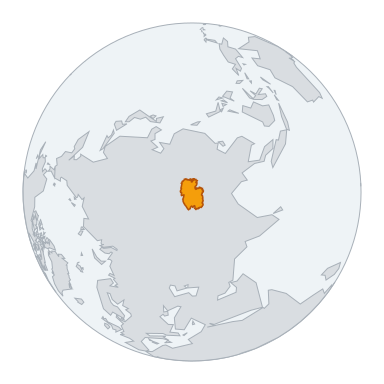 Qinghai highlighted on a globe, orthographic projection, rotated 250°
{"feature_id": "CHN-1151", "entity_name": "Qinghai", "entity_type": "Province", "adm_level": 1, "iso_a3": "CHN", "parent_name": "China", "parent_adm1": "", "projection": "orthographic", "projection_center": [96.897, 35.43], "detail": "fine", "context": "on_globe", "style": "filled", "palette": "amber", "viewbox_px": 384, "rotation_deg": 250, "n_neighbors": 0, "source": "natural_earth", "source_scale": "10m", "svg_char_len": 16126}
<svg xmlns="http://www.w3.org/2000/svg" viewBox="0 0 384 384"><g transform="rotate(250 192 192)"><circle cx="192" cy="192" r="169" fill="#eef3f6" stroke="#a8b0b8"/><path d="M269.1,41.7L266.8,40.5L265.3,39.8L269.1,41.7ZM264.9,39.6L262.9,38.7L264.8,39.9L266.6,41.0L261.3,42.5L265.9,50.8L272.7,55.5L267.0,53.3L283.4,64.0L289.3,71.8L279.4,61.9L275.8,60.1L278.2,64.6L275.1,63.8L274.4,65.7L270.5,64.5L265.0,59.3L262.3,58.5L264.1,61.8L261.3,63.0L259.1,58.3L253.9,60.0L243.8,52.6L240.8,42.5L231.9,39.1L220.3,31.0L218.1,31.5L212.2,29.3L207.5,29.2L206.7,28.2L203.7,29.1L205.3,30.1L204.5,30.9L201.9,31.1L200.4,29.6L201.5,29.3L199.7,29.0L200.0,28.3L198.4,28.8L196.8,27.2L194.5,29.1L190.0,28.1L190.0,27.1L195.1,26.8L207.9,25.0L209.5,24.6L206.7,23.9L190.6,23.1L203.3,23.4L216.0,24.8L228.6,27.1L241.0,30.3L253.1,34.5L264.9,39.6ZM186.2,23.1L186.4,23.1L181.4,23.5L185.0,23.7L183.5,24.0L185.2,24.8L179.4,25.2L172.9,25.4L171.2,25.0L168.3,25.2L165.4,26.4L158.0,26.8L145.6,29.6L144.3,29.9L145.8,29.5L159.1,26.3L172.6,24.2L186.2,23.1ZM343.6,117.4L343.7,117.6L343.5,117.2L343.6,117.4ZM344.1,118.4L343.7,117.6L343.8,117.8L344.1,118.4ZM344.4,119.3L343.9,118.4L344.4,119.3ZM267.9,41.7L265.1,40.1L264.6,39.5L267.2,40.9L267.9,41.7ZM268.5,43.8L266.3,42.5L269.1,43.1L269.5,43.6L268.5,43.8ZM278.2,59.3L276.6,57.0L279.2,59.5L278.2,59.3ZM275.0,66.1L276.5,67.1L275.5,67.7L275.0,66.1ZM188.2,24.5L186.7,24.6L187.2,24.4L188.2,24.5ZM190.4,24.8L192.0,24.5L193.2,24.6L192.2,24.8L190.4,24.8ZM268.6,66.6L266.6,67.5L267.7,65.6L268.6,66.6ZM188.1,25.3L195.2,24.9L197.4,25.2L195.4,26.3L188.1,25.3ZM264.8,67.4L260.1,70.0L262.9,72.2L252.2,67.7L259.8,66.8L260.7,64.0L262.2,66.4L264.8,67.4ZM207.0,30.4L205.1,29.3L209.1,30.1L207.0,30.4ZM209.7,30.8L223.1,32.9L224.6,34.9L219.8,33.6L223.6,36.4L217.8,36.3L214.3,34.8L214.6,33.4L212.1,34.5L209.7,30.8ZM247.0,65.0L245.1,65.0L246.1,64.1L247.0,65.0ZM204.5,31.4L207.1,31.5L208.5,33.2L203.7,33.3L204.8,32.7L204.5,31.4ZM227.5,37.4L227.7,38.8L223.0,39.1L222.5,39.7L217.8,36.5L227.5,37.4ZM203.1,32.4L201.1,33.3L198.1,32.7L202.1,31.4L203.1,32.4ZM211.0,33.6L211.4,34.5L209.6,34.0L211.0,33.6ZM186.0,31.8L189.1,31.6L190.1,32.4L186.0,31.8ZM200.6,33.7L201.7,33.9L202.4,34.3L200.5,34.9L200.6,33.7ZM214.8,37.0L212.8,36.9L216.5,38.3L213.1,38.8L210.6,36.6L210.2,37.8L209.2,37.9L208.3,36.1L214.8,37.0ZM200.9,36.6L196.5,34.4L190.6,34.4L189.5,33.6L199.2,33.8L200.9,36.6ZM205.3,36.4L202.3,36.3L202.5,35.2L204.7,34.6L205.3,36.4ZM211.7,40.0L217.6,39.8L217.9,40.3L211.7,40.0ZM199.1,36.8L200.2,37.3L198.7,36.9L199.1,36.8ZM207.8,39.1L209.8,39.0L210.2,39.5L207.8,39.1ZM200.7,38.7L199.3,37.9L200.7,37.4L200.7,38.7ZM203.9,39.1L203.9,39.9L202.1,37.7L204.8,38.9L203.9,39.1ZM207.8,39.7L208.7,40.0L206.9,39.7L207.8,39.7ZM196.2,41.2L193.5,38.6L196.6,37.4L198.8,40.1L196.2,41.2ZM50.4,99.8L58.3,93.9L55.6,100.1L57.8,112.0L57.2,115.1L51.8,120.3L49.4,140.5L54.7,138.1L57.6,152.9L62.8,159.1L73.7,148.2L65.2,137.6L68.9,129.5L79.8,132.4L88.0,142.4L89.6,139.6L88.7,128.5L95.0,126.3L88.9,124.4L88.2,128.4L84.4,127.5L84.8,123.8L87.0,123.0L85.8,119.2L75.7,124.4L73.8,129.1L67.9,123.3L64.2,130.8L61.0,131.5L66.1,119.2L68.9,116.4L74.8,100.8L71.2,103.2L65.5,118.2L65.4,115.6L60.5,119.6L64.1,114.5L71.3,98.2L68.9,93.2L58.2,97.4L58.3,94.3L61.9,88.1L73.4,78.0L71.8,86.2L75.8,83.4L82.7,75.7L81.6,79.1L84.2,77.2L84.2,80.3L90.6,79.7L91.6,82.5L100.3,77.9L102.0,79.0L96.3,81.2L93.0,84.7L96.1,92.6L98.6,92.8L104.0,89.4L104.2,92.3L109.0,88.0L113.9,91.2L112.0,83.8L118.3,80.3L124.6,80.2L126.3,77.9L116.0,78.1L112.3,79.5L109.5,82.7L98.9,86.3L96.5,84.6L106.3,76.4L104.0,73.4L112.6,68.9L135.0,70.0L141.2,73.1L138.4,85.9L133.4,87.0L131.9,82.8L127.6,90.1L130.7,87.8L130.8,90.5L136.9,88.3L137.3,90.1L142.4,85.2L143.6,87.1L140.3,90.2L150.3,89.4L154.4,93.1L156.5,92.1L157.5,89.9L162.0,96.4L163.3,95.4L162.4,92.9L164.4,89.3L169.7,85.8L170.9,88.2L169.2,89.8L167.5,97.1L162.7,101.4L163.7,102.1L168.2,99.0L170.3,90.0L173.1,87.2L172.9,91.3L173.2,89.6L175.0,89.0L178.0,90.8L178.6,86.4L196.7,78.2L204.2,81.4L202.0,85.6L216.0,83.9L223.4,88.6L222.5,86.1L228.6,84.2L226.3,82.7L226.3,81.4L240.9,77.0L245.4,78.2L250.6,74.3L250.1,73.2L247.2,72.0L252.2,67.7L262.9,72.2L263.5,74.5L269.8,76.2L270.1,81.5L273.3,86.9L269.9,92.4L272.7,96.6L274.9,96.8L280.3,103.1L284.0,115.9L271.4,104.5L264.0,87.0L266.2,93.8L262.8,92.2L261.8,94.6L263.6,99.7L265.6,100.3L253.8,109.4L252.4,124.0L259.4,122.3L264.5,126.0L269.1,143.3L258.2,168.7L264.8,175.7L265.7,180.7L260.8,184.5L259.5,177.2L254.0,175.2L254.0,170.8L245.8,175.1L245.4,169.0L239.2,175.8L242.3,180.4L249.7,178.5L244.5,187.5L252.8,195.2L254.4,205.2L242.7,224.1L229.8,230.3L229.1,233.4L223.6,230.2L216.8,236.5L227.4,253.1L227.3,257.9L216.0,267.3L215.7,263.8L201.2,255.2L198.8,266.5L209.8,275.7L213.6,286.0L205.2,282.9L201.3,273.7L196.2,270.3L197.4,260.6L192.8,245.6L184.3,248.0L184.8,241.9L177.1,228.6L164.9,231.3L145.7,244.6L143.3,259.4L136.5,264.4L127.6,240.5L127.3,225.0L121.7,224.9L114.5,209.1L95.2,200.3L94.5,195.6L90.4,195.6L85.7,188.5L85.5,180.9L81.7,179.0L82.7,199.1L87.1,201.2L93.6,197.5L92.9,203.8L97.7,212.0L84.8,221.2L59.6,218.8L60.7,207.1L60.0,167.5L62.0,164.7L62.2,164.3L62.4,163.5L58.7,167.5L59.8,160.1L56.3,185.8L54.2,195.3L59.2,219.3L57.9,220.1L60.6,226.0L73.6,230.1L72.9,233.6L64.5,245.8L49.7,255.4L53.7,270.9L56.2,281.7L51.5,281.7L56.6,291.0L54.8,290.0L57.8,294.5L58.5,295.5L50.8,284.8L44.0,273.5L38.1,261.6L33.1,249.4L29.1,236.8L26.1,224.0L25.9,223.2L23.2,197.9L23.5,189.6L23.7,183.3L23.5,180.1L24.2,172.6L24.5,169.9L24.5,169.5L26.7,157.2L29.7,145.1L33.6,133.3L38.4,121.7L44.0,110.6L50.4,99.8ZM49.4,102.6L47.8,104.8L49.4,102.6ZM93.0,160.3L100.3,165.8L103.3,155.2L106.3,156.6L106.3,152.6L103.5,154.4L104.2,144.1L109.6,143.9L111.9,139.9L109.6,137.8L99.6,139.9L98.5,154.5L94.1,156.7L93.0,160.3ZM98.5,65.1L96.4,67.5L93.2,68.7L92.1,66.2L96.5,64.3L98.5,65.1ZM94.1,70.8L104.2,64.0L105.4,65.7L103.0,65.8L102.8,67.6L98.9,68.4L90.1,77.0L86.8,78.8L86.4,72.5L88.4,73.4L90.3,70.8L94.1,70.8ZM128.0,47.5L132.3,45.6L129.2,51.5L125.4,52.7L124.0,49.9L127.5,47.0L128.0,47.5ZM183.1,27.6L185.0,27.3L185.4,27.6L184.2,28.1L183.1,27.6ZM187.4,31.6L175.3,29.9L176.9,29.3L167.9,29.5L168.5,28.1L174.3,27.9L168.1,27.3L173.5,26.5L168.8,26.4L181.6,26.1L186.2,25.7L180.8,26.6L180.2,27.8L181.3,28.2L187.9,29.3L197.5,29.6L198.4,31.2L196.4,32.3L194.2,32.5L194.4,31.3L191.3,32.4L189.9,30.9L187.4,31.6ZM173.1,49.7L174.1,47.3L167.8,51.1L166.3,48.8L165.7,49.4L162.5,48.4L157.6,48.4L157.7,47.2L155.7,47.8L153.6,47.3L151.0,47.7L150.2,45.9L146.9,46.3L148.4,45.2L142.9,46.5L146.6,44.8L144.2,44.3L141.9,46.3L143.9,37.2L141.9,35.4L138.2,35.1L145.0,32.6L152.8,31.5L160.1,31.9L161.1,34.3L164.0,32.9L165.3,33.8L162.5,34.4L167.6,33.9L168.0,34.8L174.5,36.4L181.7,35.5L184.3,36.3L181.6,37.1L186.0,37.3L182.7,39.5L184.5,40.1L182.9,43.1L176.7,44.7L179.2,45.3L178.1,47.9L173.1,49.7ZM195.5,42.0L188.4,43.9L184.1,43.8L188.6,38.7L187.5,37.8L190.2,34.9L196.4,35.4L195.0,36.1L195.2,36.9L193.2,36.4L194.9,37.5L193.1,38.6L193.9,39.8L191.4,40.0L195.5,42.0ZM59.7,114.6L59.9,116.4L60.8,118.3L57.8,121.1L59.7,114.6ZM64.4,103.4L65.0,104.3L61.2,108.7L61.1,107.1L64.4,103.4ZM68.6,101.2L65.3,104.0L67.0,101.5L68.6,101.2ZM97.2,82.0L98.2,82.9L97.1,84.0L95.0,84.6L97.2,82.0ZM154.1,61.9L155.4,60.2L156.4,60.3L161.7,57.7L163.3,59.4L160.7,61.6L154.1,61.9ZM70.4,148.7L67.0,149.3L67.1,147.2L68.2,147.3L70.4,148.7ZM60.7,134.6L61.4,139.5L59.8,135.4L60.7,134.6ZM156.6,63.3L158.6,62.0L158.2,63.7L156.6,63.3ZM164.7,60.5L164.7,62.3L164.1,59.3L164.7,60.5ZM139.6,352.5L143.0,353.6L140.5,352.9L139.6,352.5ZM73.9,293.3L75.0,307.4L69.9,303.8L65.9,297.5L63.4,287.8L68.2,288.6L69.8,285.2L73.9,293.3ZM254.6,304.4L259.4,304.0L259.1,304.7L254.6,304.4ZM249.7,303.2L255.2,302.5L248.6,304.6L249.7,303.2ZM257.3,302.2L262.9,300.0L265.3,298.5L264.9,299.8L257.3,302.2ZM245.9,303.8L225.0,305.7L216.7,304.6L218.7,302.3L232.2,302.0L245.9,303.8ZM218.1,302.3L205.2,296.3L187.3,276.3L193.7,276.9L212.4,289.0L211.2,291.0L219.0,295.9L218.1,302.3ZM248.8,287.8L247.6,293.9L236.1,294.7L230.9,294.2L227.3,286.8L229.3,282.6L233.6,282.4L250.0,266.6L255.8,269.3L250.8,275.9L255.6,280.6L248.8,287.8ZM144.0,260.9L147.8,270.3L144.1,271.1L144.0,260.9ZM256.3,255.6L249.9,262.9L255.7,253.5L256.3,255.6ZM259.6,246.9L260.1,250.1L257.3,247.3L259.6,246.9ZM229.2,238.2L224.7,239.2L224.4,236.8L230.1,234.0L229.2,238.2ZM255.6,213.7L256.0,221.0L255.4,223.6L253.0,219.5L255.6,213.7ZM172.7,78.7L163.6,80.2L158.1,83.0L156.6,87.1L154.8,82.3L163.3,77.9L172.7,78.7ZM193.6,77.9L194.8,74.7L196.9,75.9L196.9,76.8L193.6,77.9ZM192.5,76.1L189.2,72.6L191.6,70.8L193.7,73.9L192.5,76.1ZM172.6,67.3L169.8,67.5L170.2,66.0L172.6,67.3ZM285.3,332.9L287.0,331.6L291.8,328.3L291.1,328.8L285.3,332.9ZM273.5,332.8L241.8,345.9L235.5,346.4L238.3,343.8L234.9,337.0L237.1,336.8L237.2,331.3L256.6,322.6L270.9,309.0L280.2,307.2L288.2,296.9L297.4,294.2L293.8,301.6L302.4,301.8L310.7,284.8L313.5,296.9L318.1,297.9L316.5,304.3L299.3,322.4L291.7,328.2L291.3,328.1L287.8,330.6L284.0,332.5L284.0,330.5L280.6,332.8L284.9,328.9L279.4,333.1L278.4,331.8L273.5,332.8ZM338.2,275.1L338.9,274.3L339.3,274.6L338.2,276.1L338.2,275.1ZM345.0,261.4L345.2,261.7L344.7,262.5L345.0,261.4ZM344.8,261.6L345.6,259.5L345.2,261.0L344.8,261.6ZM342.2,258.8L342.8,257.4L343.0,257.8L342.2,258.8ZM266.4,302.7L273.2,296.9L276.7,295.6L266.4,302.7ZM341.6,258.0L340.1,259.3L340.3,258.3L341.6,258.0ZM341.9,255.9L341.9,254.9L342.4,256.7L341.9,255.9ZM339.2,256.0L340.9,256.4L339.0,256.4L339.2,256.0ZM338.1,257.2L336.7,257.4L336.8,257.0L338.1,257.2ZM320.7,270.5L326.0,274.2L321.3,276.9L316.2,275.4L311.4,281.8L301.0,285.6L303.6,282.0L302.4,278.5L291.3,280.8L289.0,278.8L293.1,275.7L285.5,275.8L293.9,272.0L297.1,276.5L301.8,270.5L309.5,268.5L316.7,267.1L322.1,268.2L320.7,270.5ZM293.6,284.3L295.0,283.8L293.7,285.9L293.6,284.3ZM334.1,256.6L336.1,257.6L335.8,258.5L334.8,258.8L334.1,256.6ZM323.4,266.6L329.4,258.5L330.8,257.8L326.7,265.3L323.4,266.6ZM328.1,256.4L330.8,255.4L332.0,257.1L331.5,258.1L328.1,256.4ZM276.6,284.1L276.2,285.8L274.0,285.1L276.6,284.1ZM279.5,282.5L286.1,282.3L278.9,284.0L279.5,282.5ZM258.8,281.4L260.8,284.8L267.2,281.2L262.3,285.6L266.5,290.8L265.0,293.3L260.9,287.6L259.2,294.6L256.3,295.0L254.9,289.5L257.8,281.8L260.7,278.3L272.2,274.8L258.8,281.4ZM279.5,277.9L277.7,273.9L279.0,270.6L281.0,272.5L279.5,277.9ZM272.2,264.3L267.2,259.9L262.9,262.8L271.5,253.5L274.9,259.2L272.2,264.3ZM267.7,253.2L263.7,255.9L267.7,250.6L267.7,253.2ZM262.5,254.3L261.8,250.5L265.1,250.4L262.5,254.3ZM269.8,253.0L270.3,246.3L272.1,249.8L269.8,253.0ZM259.9,242.0L267.3,247.2L258.0,246.1L256.7,233.3L260.6,232.3L259.9,242.0ZM275.8,184.2L274.3,180.5L277.6,178.8L277.7,181.8L275.8,184.2ZM286.9,171.0L278.0,177.2L270.6,182.6L273.3,183.8L272.5,190.8L267.9,185.5L272.4,177.0L278.1,174.1L278.1,168.4L281.7,163.5L279.5,156.9L280.8,153.4L284.6,158.7L286.9,171.0ZM278.3,154.2L275.8,142.2L282.3,142.2L284.4,144.8L282.8,150.2L279.4,149.8L278.3,154.2ZM277.1,139.4L273.8,139.0L263.1,123.2L262.5,119.9L274.1,131.4L271.6,131.8L273.1,135.8L277.1,139.4ZM246.2,66.3L245.2,65.2L247.1,65.8L246.2,66.3ZM225.0,80.6L225.3,79.0L227.5,79.6L225.0,80.6ZM227.5,74.9L224.7,75.3L227.1,73.8L227.5,74.9ZM218.7,76.5L223.4,75.0L219.7,77.9L218.7,76.5Z" fill="#d9dde1" stroke="#a8b0b8" stroke-width="1"/><path d="M182.9,180.8L183.2,180.9L183.4,180.7L183.7,180.8L184.1,180.7L184.3,180.5L184.6,180.5L184.8,180.5L185.2,180.5L185.7,180.4L186.5,180.5L186.8,180.5L187.0,180.7L187.5,180.9L187.7,181.0L188.2,181.0L188.4,180.9L188.7,181.3L189.0,181.4L189.3,181.8L189.5,181.9L189.7,182.1L190.0,182.2L190.1,182.4L190.4,182.5L190.6,182.6L191.1,182.8L191.1,183.0L191.7,183.3L192.0,183.4L192.2,182.8L192.1,182.5L192.2,182.4L192.2,182.2L192.2,181.9L192.2,181.5L192.1,181.1L192.3,180.9L192.6,180.9L193.1,181.0L194.7,182.0L195.1,181.7L195.3,181.4L195.5,181.6L195.9,181.6L196.1,181.4L196.2,181.2L196.3,181.2L196.6,181.3L196.8,181.5L197.0,181.5L198.0,182.6L198.1,182.8L198.7,183.2L199.2,183.4L199.4,183.5L199.6,183.7L199.5,183.4L199.4,183.3L199.4,183.1L199.4,182.9L199.5,182.9L199.9,183.3L200.4,183.5L200.5,183.6L200.6,183.9L201.6,184.3L202.2,184.8L203.2,185.3L203.4,185.5L203.5,185.5L203.5,185.3L203.7,184.9L203.8,184.9L203.9,185.3L204.0,185.3L204.0,185.6L204.3,185.8L204.8,186.1L205.0,186.2L205.3,186.5L205.2,186.7L205.1,187.1L205.3,187.3L205.6,187.6L205.5,187.8L205.7,188.1L205.8,188.3L206.0,188.9L206.2,189.0L206.6,189.2L206.4,189.7L206.5,189.9L206.5,190.1L206.5,190.4L206.2,190.3L205.9,190.4L205.8,190.6L205.9,191.0L205.9,191.3L205.5,191.3L205.4,191.4L205.3,191.6L205.0,191.7L205.0,191.9L204.9,192.1L205.0,192.1L205.2,192.3L205.1,192.5L204.9,192.7L204.8,192.8L204.5,193.1L204.3,193.1L204.2,193.3L204.2,193.6L203.8,193.9L203.8,194.0L204.0,194.1L204.3,194.3L204.6,194.3L204.8,194.4L204.9,194.8L204.8,195.0L204.6,195.1L204.5,195.3L204.4,195.4L204.3,195.5L204.1,195.5L203.9,195.7L203.6,195.5L203.5,195.4L203.4,195.3L202.8,195.2L202.6,195.1L202.1,195.0L201.8,194.9L201.5,195.2L201.5,195.4L201.5,195.6L201.8,195.9L201.9,196.2L202.1,196.4L202.4,196.4L202.4,196.6L202.5,197.0L202.6,196.9L202.8,197.0L203.0,197.0L203.3,196.8L203.5,197.0L203.6,197.4L203.8,197.4L204.0,197.3L204.0,197.5L203.8,197.6L203.7,197.8L203.9,198.1L203.7,198.5L203.4,198.3L203.2,198.2L203.0,198.4L202.9,198.3L202.6,198.5L202.5,198.8L202.5,199.1L202.7,199.3L202.7,199.5L202.6,199.9L202.3,199.9L202.2,200.0L201.8,200.0L201.4,199.9L201.4,200.0L201.3,200.4L201.2,200.6L201.0,200.8L200.9,200.6L201.1,200.3L201.0,200.1L200.9,199.9L200.7,199.7L200.3,199.8L200.3,200.1L200.1,200.1L200.1,199.8L200.0,199.5L199.8,199.2L199.5,199.2L199.4,199.0L199.1,199.3L199.1,199.5L199.0,199.8L198.9,199.8L198.5,199.6L197.9,199.4L197.8,199.1L197.7,199.0L197.4,198.9L196.9,198.6L196.6,198.3L196.6,198.1L196.5,197.7L196.4,197.6L196.3,197.4L196.3,197.2L195.8,196.6L195.7,196.6L195.4,196.6L195.3,196.4L194.8,196.3L194.7,196.3L194.4,196.6L194.1,196.6L194.0,196.3L194.0,196.2L193.8,196.2L193.7,196.4L193.2,196.6L193.2,196.8L193.2,197.0L193.2,197.3L193.3,197.4L193.4,197.5L193.5,197.7L193.5,197.8L193.8,197.8L194.1,198.0L193.8,198.2L193.7,198.4L193.5,198.6L193.4,198.8L193.5,199.0L193.2,199.3L193.1,199.5L193.2,199.8L193.3,200.0L193.7,200.3L193.8,200.3L194.0,200.5L193.8,200.8L193.7,200.7L193.2,200.6L193.1,200.9L193.2,201.0L193.2,201.3L192.9,201.4L192.9,201.6L192.9,201.8L192.7,201.9L192.7,202.0L192.3,202.0L192.0,202.1L191.6,202.2L191.7,202.4L191.6,202.6L191.7,202.9L191.7,203.0L191.4,202.9L190.9,202.8L190.7,202.6L190.5,202.4L190.2,202.4L190.1,202.7L190.3,203.0L190.3,203.3L190.2,203.5L190.2,203.4L190.1,203.2L189.9,202.9L189.4,202.9L189.2,203.0L189.1,202.8L188.9,202.8L188.5,202.8L188.3,202.6L188.2,202.4L188.1,202.2L188.3,202.0L188.3,201.8L188.3,201.6L188.1,201.5L187.9,201.4L187.5,201.3L187.2,201.1L187.1,200.7L186.7,200.5L186.6,200.3L186.3,200.1L186.1,200.2L185.8,200.3L185.7,200.2L185.6,200.4L185.2,200.5L184.8,200.6L184.6,200.5L184.4,200.5L184.3,200.4L184.1,200.3L183.8,200.3L183.5,200.4L183.4,200.3L183.2,200.3L182.8,200.0L182.4,200.0L182.3,199.7L182.0,199.8L181.7,199.6L180.8,199.6L180.7,199.6L180.4,199.6L180.3,199.4L180.1,199.2L180.0,199.3L179.8,199.3L179.7,199.2L179.4,198.9L179.2,198.9L178.8,198.6L178.6,198.4L178.4,198.0L178.4,197.9L178.5,197.9L178.4,197.8L177.9,197.8L177.8,198.0L177.6,198.0L177.3,198.0L177.1,198.2L176.9,198.3L176.7,198.2L176.4,198.1L176.1,197.8L175.9,197.8L175.8,197.7L175.6,197.4L175.6,197.1L175.5,196.9L175.3,196.8L175.0,196.7L174.9,196.3L174.9,196.2L174.5,195.8L174.3,195.4L174.4,195.2L174.6,195.1L174.9,194.5L174.8,194.4L174.8,194.0L174.7,193.6L174.6,193.4L174.9,193.2L174.9,192.9L174.3,192.8L174.4,192.4L174.1,191.9L174.2,191.6L174.6,191.5L174.8,191.3L174.8,191.1L174.8,190.7L175.0,190.4L175.1,190.2L174.7,190.2L174.4,190.1L174.3,189.9L174.2,189.7L174.4,189.5L174.6,189.5L174.8,189.4L175.3,189.5L175.5,189.5L175.5,189.4L175.7,189.0L175.8,189.1L176.0,189.4L176.3,189.5L177.1,189.5L177.6,189.9L178.2,189.7L178.3,189.6L178.2,189.0L178.1,188.4L177.7,188.3L177.5,188.1L177.4,187.9L177.4,187.6L177.4,187.4L177.7,187.2L178.3,187.1L178.6,187.0L178.8,186.9L178.9,186.6L178.7,186.4L178.6,186.1L178.5,185.7L178.4,185.5L178.1,185.4L177.9,185.1L176.9,184.6L176.9,184.4L177.0,184.2L177.0,183.9L176.5,182.9L176.5,182.6L176.8,182.5L177.2,182.4L177.6,182.1L178.5,182.0L178.9,181.9L179.1,181.9L179.5,181.7L179.9,181.7L181.1,181.4L181.4,181.3L181.6,181.1L182.0,181.0L182.9,180.8Z" fill="#f59e0b" stroke="#b45309" stroke-width="1.5"/></g></svg>